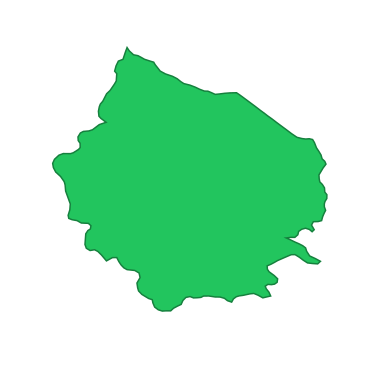 Mucurici, Espírito Santo, Brazil (Equal Earth projection), rotated 285°
{"feature_id": "56859067B59979261152966", "entity_name": "Mucurici", "entity_type": "district", "adm_level": 2, "iso_a3": "BRA", "parent_name": "Brazil", "parent_adm1": "Espírito Santo", "projection": "equal_earth", "projection_center": [-40.52, -18.016], "detail": "fine", "context": "isolated", "style": "filled", "palette": "green", "viewbox_px": 384, "rotation_deg": 285, "n_neighbors": 0, "source": "geoboundaries", "source_scale": "gbopen_adm2", "svg_char_len": 2708}
<svg xmlns="http://www.w3.org/2000/svg" viewBox="0 0 384 384"><g transform="rotate(285 192 192)"><path d="M69.5,189.9L69.3,194.1L70.5,197.7L71.7,202.2L74.9,204.2L78.0,207.5L80.6,210.6L84.9,211.3L88.6,213.4L90.5,217.2L90.1,220.9L91.3,224.7L92.5,227.9L94.5,230.1L95.9,235.2L96.6,241.5L97.8,246.3L97.7,250.9L96.2,254.4L95.9,258.8L99.5,259.7L102.3,261.9L103.9,264.5L105.4,268.1L108.6,274.3L110.0,278.0L109.4,282.6L108.1,287.8L111.9,294.9L115.2,292.2L117.8,288.7L120.0,287.1L122.4,289.2L123.1,292.8L124.4,295.6L126.8,297.6L130.3,297.2L132.6,293.0L134.9,287.1L136.9,284.8L140.1,283.7L142.6,286.9L145.4,289.9L147.9,292.4L152.8,298.5L157.1,304.0L158.2,307.8L156.7,312.8L155.0,316.9L153.4,321.9L154.1,326.9L155.1,332.0L158.3,334.0L159.6,328.5L160.7,322.2L164.4,318.1L167.4,316.2L168.8,312.8L169.7,308.6L170.3,304.5L171.2,299.9L172.0,294.9L173.7,299.0L174.8,303.1L178.1,305.3L181.5,305.2L184.4,307.6L186.4,311.0L186.2,315.1L184.7,318.3L187.2,319.8L191.0,316.0L194.7,316.9L196.1,321.5L197.9,324.6L201.9,324.6L205.5,325.1L208.9,325.8L211.9,323.7L214.7,322.9L217.2,322.9L220.6,323.9L224.3,323.0L226.3,320.3L230.3,318.9L233.0,316.0L234.9,312.8L237.8,311.4L241.4,310.2L245.6,311.4L249.1,312.4L253.6,314.2L256.0,312.3L257.7,309.1L261.2,307.0L263.8,304.3L266.9,300.8L271.5,297.4L273.9,294.9L273.8,291.5L272.6,288.1L272.1,284.4L272.0,279.2L274.2,272.9L277.0,266.0L278.2,262.9L281.1,255.6L283.3,250.3L285.2,245.2L286.4,242.4L288.8,236.3L291.1,230.8L292.8,226.5L296.8,216.4L298.3,212.5L299.4,209.3L297.5,202.9L295.8,198.0L293.7,192.9L292.3,189.1L293.0,185.0L293.5,181.3L292.7,177.9L293.2,172.9L294.1,168.1L294.7,162.4L294.6,156.1L295.6,152.9L297.6,148.3L298.7,143.3L299.2,135.6L300.6,129.9L303.2,126.5L305.5,123.4L307.5,121.4L307.6,117.7L307.9,111.8L308.9,108.0L309.7,104.5L309.4,100.0L312.0,95.0L314.7,91.9L310.6,91.5L302.3,91.0L299.4,87.0L294.2,86.0L288.7,86.0L286.8,88.7L279.6,90.1L276.0,89.1L268.9,86.6L264.8,84.1L256.5,82.3L253.2,80.7L250.3,80.4L245.8,80.7L241.1,82.5L239.5,85.0L237.1,91.0L233.1,85.0L226.4,79.8L224.3,76.6L222.4,71.4L220.1,68.9L215.7,67.6L212.2,68.8L210.1,71.3L206.0,72.5L203.8,71.4L199.2,67.2L197.6,64.7L195.8,57.7L193.1,53.9L188.0,50.7L183.6,50.0L179.7,51.8L176.0,55.2L173.0,61.0L168.9,65.9L166.0,67.6L160.2,69.7L149.0,77.5L143.3,78.6L137.4,78.4L134.6,79.8L134.2,83.2L134.6,88.4L133.4,93.1L134.9,100.0L133.3,103.1L130.0,103.4L127.8,101.4L124.1,100.2L113.6,102.2L110.3,104.5L109.1,108.7L111.0,112.8L110.2,116.5L107.7,120.9L103.3,127.2L108.0,132.1L109.2,136.3L105.8,139.4L103.1,142.5L101.1,145.8L100.2,149.3L101.4,157.0L100.1,161.8L95.9,164.0L89.8,162.4L85.4,164.3L82.6,166.0L80.1,170.1L77.9,177.7L77.7,181.5L74.8,182.9L71.2,185.7L69.5,189.9Z" fill="#22c55e" stroke="#15803d" stroke-width="1.5"/></g></svg>